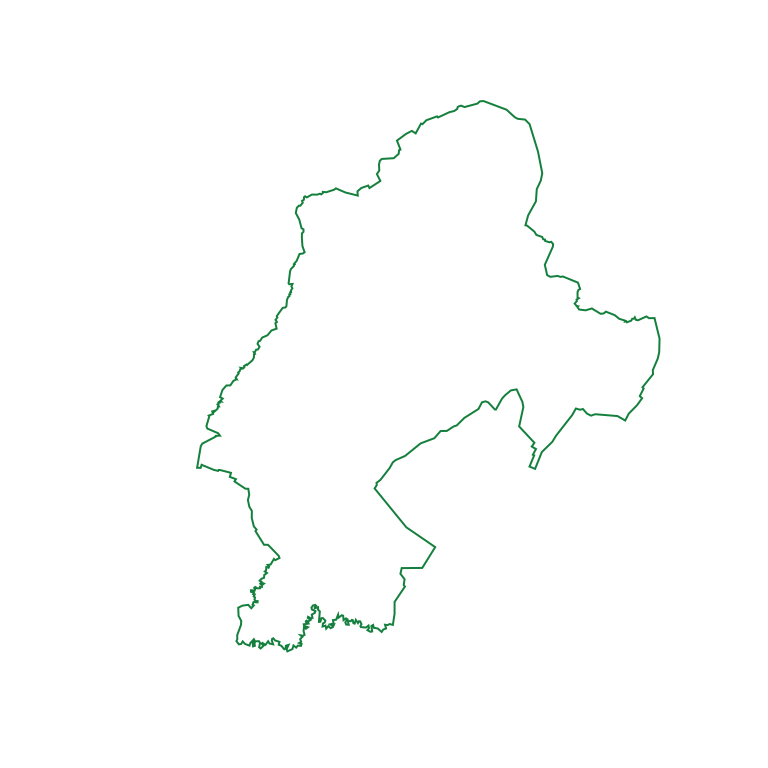 outline of Chakkarat, Nakhon Ratchasima, Thailand, rotated 227°
{"feature_id": "78962969B888378696775", "entity_name": "Chakkarat", "entity_type": "district", "adm_level": 2, "iso_a3": "THA", "parent_name": "Thailand", "parent_adm1": "Nakhon Ratchasima", "projection": "robinson", "projection_center": [102.436, 14.968], "detail": "fine", "context": "isolated", "style": "outline", "palette": "green", "viewbox_px": 768, "rotation_deg": 227, "n_neighbors": 0, "source": "geoboundaries", "source_scale": "gbopen_adm2", "svg_char_len": 6166}
<svg xmlns="http://www.w3.org/2000/svg" viewBox="0 0 768 768"><g transform="rotate(227 384 384)"><path d="M450.2,190.2L447.7,192.7L449.3,195.5L437.4,200.9L433.6,203.4L433.9,204.4L432.8,205.5L423.4,211.5L421.2,207.9L415.4,210.8L414.7,208.2L402.0,211.2L399.9,213.3L394.9,209.9L391.9,205.3L386.1,201.8L381.3,200.8L376.2,195.9L368.6,191.7L364.4,191.5L364.1,189.7L348.2,186.6L345.5,189.5L330.2,189.8L328.0,188.9L329.4,184.3L331.1,184.2L329.3,178.0L331.0,175.5L328.8,175.5L328.3,174.3L330.4,173.1L328.0,170.5L328.2,169.0L325.6,169.5L326.0,166.2L324.1,164.1L325.1,161.6L324.9,158.9L322.9,159.5L322.2,156.5L321.7,159.2L319.9,160.1L320.1,157.2L318.9,156.4L320.3,155.0L319.1,154.1L320.8,152.1L323.4,151.4L323.4,150.0L321.8,150.0L321.2,148.6L323.9,146.0L322.7,145.0L320.3,146.7L319.5,145.0L318.3,146.0L317.4,143.8L315.9,144.1L314.6,142.2L312.7,142.2L311.4,143.5L310.6,142.6L313.5,139.8L312.2,137.3L310.9,137.8L310.5,134.0L315.1,134.1L318.5,129.2L319.8,124.8L313.6,119.5L308.1,118.0L305.4,115.2L300.4,105.3L297.4,102.7L296.6,100.7L292.6,100.3L291.3,102.2L292.1,105.1L288.6,105.1L284.4,107.2L285.7,109.6L286.1,114.8L285.0,114.5L284.7,111.8L281.4,109.3L280.6,111.0L282.8,112.5L283.5,114.4L281.3,117.1L279.2,116.8L276.6,113.1L274.7,113.4L274.7,117.4L277.4,117.4L277.6,118.5L274.0,119.4L274.9,123.8L272.2,123.3L269.2,125.4L272.9,127.0L273.9,128.4L273.5,129.6L270.8,129.4L266.7,131.7L265.1,129.2L262.5,130.4L258.1,130.1L257.5,131.5L259.5,133.7L258.3,136.3L256.5,132.0L254.4,131.0L252.6,136.2L254.5,139.5L251.1,140.0L251.5,142.5L249.1,144.7L250.0,146.4L252.4,145.3L251.9,147.6L254.6,148.7L254.7,151.7L257.1,151.6L255.0,153.2L254.7,154.8L258.3,156.8L260.6,159.5L258.3,159.9L258.0,162.5L261.6,160.6L263.0,161.4L260.2,165.5L261.2,165.9L262.4,164.4L263.7,164.9L263.8,165.9L262.1,166.6L261.5,169.5L264.9,168.7L265.5,169.7L262.6,170.7L261.7,172.2L264.6,173.9L263.8,177.3L264.7,179.0L268.1,177.5L269.9,178.4L270.5,180.9L269.4,183.0L268.0,183.1L268.0,181.1L267.2,180.4L265.7,183.5L264.0,181.9L261.5,182.0L254.4,174.2L253.5,175.3L255.4,178.5L254.4,179.7L250.9,179.7L250.0,177.9L250.5,176.0L248.5,173.7L247.2,176.4L244.5,174.9L244.9,178.3L241.9,178.4L241.1,180.8L242.1,183.2L242.8,181.3L245.0,180.7L243.3,183.9L246.1,185.6L244.3,188.2L246.6,193.1L244.1,191.4L243.6,195.5L242.4,196.1L238.9,193.4L238.5,196.4L236.8,196.8L236.1,193.2L233.9,192.3L232.0,194.0L235.3,195.9L233.2,198.0L233.4,199.6L232.7,200.1L229.9,198.5L228.8,199.1L230.7,202.5L226.9,201.9L227.6,203.9L226.6,204.7L223.7,203.7L223.0,201.6L222.0,201.3L218.2,204.7L217.9,207.9L215.7,206.5L215.2,204.0L212.0,205.1L211.1,206.6L215.6,209.7L215.2,211.7L212.7,210.3L209.4,212.7L204.3,213.2L204.9,216.1L203.8,218.8L207.2,220.6L205.2,222.3L204.6,224.4L201.8,226.2L208.8,235.1L217.4,243.1L221.6,261.2L223.5,261.3L227.2,265.9L234.0,266.6L237.3,271.4L223.4,286.5L229.8,310.2L263.9,302.6L314.0,305.9L315.0,309.8L316.8,311.1L316.3,315.9L318.7,330.8L320.7,337.1L320.4,340.7L317.0,350.4L315.6,370.3L310.0,383.9L311.0,393.3L306.8,398.0L305.5,405.8L304.1,408.9L304.4,419.7L301.3,436.1L303.8,443.2L302.1,446.4L299.6,447.7L289.7,447.7L289.0,448.4L292.8,460.3L293.2,464.9L292.8,472.4L289.6,477.3L276.5,473.0L272.1,470.2L260.8,453.9L238.4,453.9L237.5,449.4L232.8,450.8L230.7,444.6L229.4,445.2L224.4,434.1L218.9,436.6L226.6,453.1L226.9,467.6L228.9,474.8L232.9,500.3L235.2,507.6L231.4,509.9L230.1,512.4L223.8,512.3L219.7,513.8L217.8,517.9L201.3,532.9L192.8,535.5L195.4,542.8L195.9,554.6L197.6,563.1L200.7,562.8L203.6,570.8L205.3,570.8L207.7,587.5L210.8,590.0L216.0,601.8L219.7,607.1L229.3,616.5L247.7,626.8L251.4,622.7L254.4,622.0L257.4,613.2L259.1,612.0L261.7,612.9L261.3,611.4L262.4,610.0L261.7,608.0L263.5,603.7L264.7,604.0L265.4,602.7L266.0,603.5L271.3,600.5L277.0,599.7L285.6,595.6L285.8,592.7L287.6,590.3L297.5,587.5L300.4,581.7L305.4,577.5L308.7,578.0L308.6,578.9L309.9,578.1L312.8,578.3L313.1,581.6L314.4,582.3L313.9,585.0L315.2,584.5L319.3,588.3L320.2,590.4L319.7,592.2L325.8,595.0L340.7,588.1L342.0,586.1L344.6,584.7L349.0,578.7L352.4,577.6L361.5,582.9L369.3,601.2L371.0,603.1L373.9,603.3L375.0,601.5L378.8,599.4L379.8,600.2L381.4,599.1L383.6,600.0L389.1,597.1L392.9,597.9L402.1,596.7L403.6,595.7L409.0,604.4L414.0,619.7L422.3,628.6L425.8,637.3L430.2,643.5L449.1,655.2L474.8,667.7L481.2,667.5L486.7,662.7L489.8,661.6L501.0,660.7L523.0,649.8L525.3,647.0L525.4,643.5L531.6,631.8L535.0,630.2L535.9,628.4L536.3,626.7L535.2,625.1L535.8,621.5L538.2,617.2L542.1,605.3L543.5,605.4L548.0,594.9L547.8,589.4L549.2,588.7L545.7,578.1L550.1,577.0L551.9,570.6L553.2,559.5L544.2,555.9L544.7,554.4L542.3,551.7L542.5,545.1L550.1,535.9L550.1,533.2L548.1,530.2L543.3,526.1L542.4,522.0L535.0,519.8L537.2,507.0L539.9,507.8L542.8,501.2L543.0,496.0L539.7,493.3L550.4,486.4L559.9,482.2L560.1,480.0L563.6,472.6L566.2,470.3L565.3,469.4L565.6,467.3L566.9,466.9L568.1,464.2L571.7,460.5L573.1,454.8L575.1,454.3L575.2,452.9L573.4,451.1L573.8,448.9L572.0,448.2L571.4,444.4L572.5,443.3L572.3,440.4L569.2,436.1L562.1,434.2L554.1,429.9L552.0,430.6L550.2,428.9L550.1,426.7L547.0,423.7L540.5,418.4L534.5,415.8L534.8,413.6L536.7,410.9L533.6,404.1L533.3,400.8L532.5,400.5L533.0,399.6L531.8,398.8L531.6,394.5L530.4,392.1L522.7,382.9L521.6,382.7L519.6,385.3L518.5,382.8L516.5,382.3L515.8,379.6L514.5,378.6L515.0,377.8L513.5,376.7L514.1,375.8L512.7,374.7L513.0,373.3L511.6,370.3L507.4,365.6L507.2,364.1L508.8,361.8L506.8,351.9L505.4,351.4L504.9,348.4L502.4,348.0L502.6,346.1L497.7,343.2L499.9,338.2L499.1,332.0L501.0,326.6L500.1,322.8L500.8,321.3L499.6,318.9L496.1,318.4L495.2,315.3L496.3,313.9L495.4,311.4L496.1,310.5L494.0,310.1L494.4,309.3L492.0,306.8L491.1,304.0L491.3,296.8L492.0,296.8L492.6,293.8L491.6,293.5L491.4,291.9L493.3,290.4L492.2,290.4L492.9,289.2L491.8,287.2L491.9,285.2L490.8,284.9L490.0,280.1L488.1,279.6L488.9,279.2L488.3,278.4L489.0,275.9L487.8,270.7L490.4,267.7L489.8,261.8L486.2,255.1L483.3,256.1L483.3,253.0L482.2,253.0L483.1,252.3L483.4,251.2L482.5,251.1L483.2,250.0L482.2,249.4L482.6,248.3L480.0,248.0L480.6,246.9L479.4,245.5L479.5,240.4L480.4,241.2L481.1,239.7L478.7,238.6L480.4,234.3L479.6,234.3L474.3,225.4L471.9,224.4L461.2,229.1L458.1,228.8L460.8,225.6L460.3,225.1L464.3,210.5L463.5,207.6L450.2,190.2Z" fill="none" stroke="#15803d" stroke-width="2"/></g></svg>